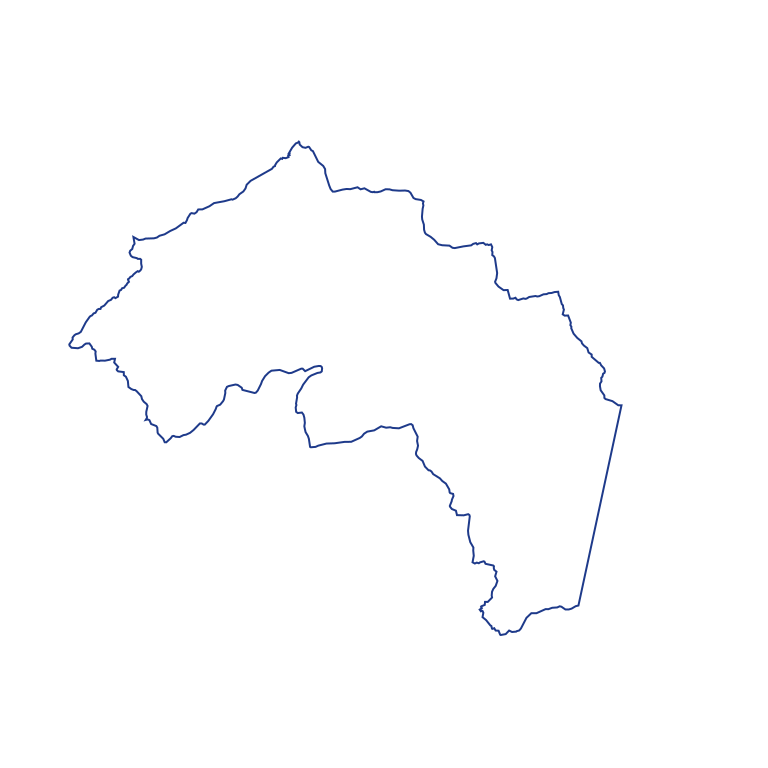 Calima, Valle del Cauca, Colombia (Equal Earth projection), rotated 217°
{"feature_id": "7082276B94395141643556", "entity_name": "Calima", "entity_type": "district", "adm_level": 2, "iso_a3": "COL", "parent_name": "Colombia", "parent_adm1": "Valle del Cauca", "projection": "equal_earth", "projection_center": [-76.599, 3.955], "detail": "fine", "context": "isolated", "style": "outline", "palette": "blue", "viewbox_px": 768, "rotation_deg": 217, "n_neighbors": 0, "source": "geoboundaries", "source_scale": "gbopen_adm2", "svg_char_len": 6163}
<svg xmlns="http://www.w3.org/2000/svg" viewBox="0 0 768 768"><g transform="rotate(217 384 384)"><path d="M552.7,211.9L551.6,213.3L550.5,213.8L549.5,213.9L545.9,211.9L540.5,213.4L538.8,212.7L535.5,208.9L534.5,208.4L527.3,207.4L524.1,205.5L522.8,206.4L521.7,212.3L521.7,214.9L520.7,216.0L518.6,216.5L515.3,218.7L513.4,222.5L511.6,224.4L509.5,228.3L508.4,232.7L507.3,241.7L505.8,242.8L503.7,243.0L502.7,243.7L502.1,248.8L502.3,257.0L503.3,262.7L504.1,265.2L504.1,265.9L502.4,268.9L502.2,273.5L502.5,275.3L505.3,281.3L506.9,283.2L507.7,287.2L506.7,289.0L502.3,294.2L500.3,295.2L495.4,295.4L493.5,294.1L482.0,298.9L481.1,300.0L480.9,302.8L482.2,309.9L483.2,313.1L483.7,318.7L483.0,323.6L481.9,326.9L475.7,332.5L466.6,335.3L464.5,337.3L459.3,346.5L458.2,347.3L454.7,346.8L450.1,355.8L446.9,359.2L445.4,360.2L443.9,360.1L442.8,359.2L441.3,356.6L441.7,355.0L443.8,352.8L447.2,347.1L448.2,344.0L448.2,334.8L447.4,330.6L447.1,324.5L446.5,322.3L445.4,321.1L442.4,315.3L441.3,314.5L440.4,312.1L437.4,308.9L435.4,308.9L432.4,311.8L429.9,311.1L427.3,309.1L423.8,305.3L422.2,302.3L420.3,300.6L417.7,298.4L413.5,296.7L411.0,295.0L405.2,289.3L404.4,289.4L400.8,292.6L399.4,295.2L394.1,301.8L387.7,307.0L380.7,314.0L375.4,318.1L370.9,326.3L370.1,328.7L370.0,332.3L368.7,335.9L363.9,341.1L360.8,348.5L356.0,350.4L353.0,353.2L350.7,354.1L345.4,357.6L339.4,367.2L338.2,368.3L336.3,368.3L333.9,366.4L325.4,362.2L323.3,358.4L319.7,355.2L318.2,351.9L317.4,349.0L316.4,347.4L315.0,346.5L311.7,345.8L306.9,345.8L301.6,342.7L296.5,341.9L295.5,342.6L293.5,342.7L290.4,341.6L282.6,342.3L279.1,341.6L274.6,341.7L268.5,339.1L266.4,337.0L265.4,336.7L262.7,337.8L261.1,336.4L260.1,332.4L259.4,331.1L258.1,326.3L257.6,325.8L254.6,325.0L250.3,326.1L246.8,323.2L241.3,327.1L238.4,330.7L237.1,330.8L235.9,330.0L228.6,317.4L225.9,314.4L219.9,309.6L214.2,307.2L212.5,304.7L208.9,300.8L206.0,294.9L203.4,295.3L202.4,297.2L200.4,297.9L200.0,299.3L197.7,302.4L196.9,302.6L194.7,301.5L187.5,304.8L186.5,304.6L185.6,303.1L184.1,301.9L181.2,301.8L179.5,297.3L174.9,295.0L173.3,290.0L173.4,286.2L172.7,283.1L170.7,279.9L169.2,278.5L170.0,272.4L172.2,270.8L170.6,268.2L172.5,265.0L172.4,264.4L171.0,263.9L171.8,261.4L169.8,260.8L169.4,261.9L168.6,262.0L167.0,261.1L165.0,257.1L160.4,256.9L153.8,255.2L152.7,255.4L150.5,253.6L149.9,253.8L149.0,255.3L146.5,254.3L144.0,255.9L140.4,253.7L139.7,253.8L136.3,257.5L135.7,262.4L132.5,263.0L129.4,265.8L129.3,266.4L127.7,268.5L127.5,271.1L129.5,283.0L128.4,289.6L124.3,292.7L119.5,301.4L117.2,303.1L115.0,306.5L111.2,309.8L109.9,312.2L108.3,312.9L103.4,313.1L100.7,315.2L99.0,317.5L97.2,321.9L95.4,324.1L181.5,509.9L184.1,508.0L191.2,507.8L198.0,505.3L199.6,505.5L201.2,507.5L207.2,509.4L210.2,512.2L211.7,514.3L211.9,517.0L214.2,519.6L214.0,521.3L215.2,524.1L214.6,525.5L215.1,527.0L217.6,528.9L221.8,529.6L224.3,530.8L225.2,530.1L234.5,530.7L235.9,532.5L239.6,532.3L243.3,535.0L247.5,535.0L250.3,535.6L252.0,536.9L257.4,537.1L262.9,538.3L268.0,541.2L268.8,542.5L270.6,543.2L271.7,545.4L278.2,549.5L280.9,547.3L283.2,547.2L285.1,551.7L286.5,552.5L288.4,554.5L290.1,554.8L295.9,559.3L297.9,560.1L300.4,562.5L303.1,560.1L304.9,557.6L307.3,555.5L308.2,553.7L310.6,551.6L312.9,547.5L314.3,546.1L315.9,545.5L320.4,540.9L321.5,538.1L322.3,537.1L324.2,536.2L327.3,531.8L329.0,531.4L330.9,532.0L332.2,530.0L334.7,528.0L341.8,533.5L345.0,530.9L351.2,530.7L355.9,531.8L356.8,532.5L357.8,536.1L360.4,540.7L371.2,551.3L373.0,552.1L375.1,552.1L376.8,554.7L378.5,555.6L379.9,558.5L382.6,559.9L384.0,558.0L385.7,557.6L386.5,556.4L389.6,556.5L392.8,553.4L393.6,551.6L395.3,551.9L397.1,549.6L397.8,547.2L403.4,541.7L409.3,535.1L411.3,534.0L415.0,533.9L421.1,529.8L424.9,528.2L430.7,529.4L435.3,529.6L440.7,529.0L442.4,529.5L444.8,531.3L448.1,535.3L452.5,538.4L454.4,540.5L458.6,547.2L460.0,550.3L461.6,551.7L462.3,553.6L465.3,553.2L470.0,550.7L472.4,550.3L478.0,552.7L480.6,552.8L483.6,551.2L488.1,547.6L493.8,543.9L496.9,542.7L500.0,540.4L502.5,535.8L504.8,533.1L507.1,531.4L507.5,531.6L508.6,530.3L510.2,529.5L517.4,528.5L519.9,525.4L523.5,525.2L528.2,519.3L531.3,517.2L534.1,514.3L539.1,508.0L540.7,506.8L544.0,507.6L547.3,509.6L557.7,517.0L560.4,520.2L563.8,521.6L570.2,521.8L580.9,527.2L582.7,526.9L586.4,528.2L587.3,527.9L588.8,525.4L591.6,524.1L595.4,524.5L597.2,526.2L597.9,526.3L598.0,525.0L599.2,523.1L599.6,517.5L598.9,511.6L598.6,511.9L598.1,511.3L598.3,510.7L597.1,509.9L597.6,509.1L598.4,510.1L597.9,508.5L596.8,507.7L598.4,505.2L601.0,503.7L600.8,502.5L602.2,502.0L603.0,496.4L602.7,493.4L602.2,492.4L603.0,491.1L603.0,488.4L612.8,466.0L613.6,460.5L612.3,456.8L612.2,453.1L613.7,448.5L613.7,445.6L614.2,443.1L615.9,440.1L617.0,439.7L621.5,433.9L628.6,426.2L630.4,420.9L634.1,414.2L637.4,411.6L637.1,408.4L637.9,406.0L640.6,404.6L641.1,403.4L640.7,398.3L640.0,396.4L639.5,393.1L641.1,392.2L643.9,383.0L646.8,377.6L649.3,371.5L652.5,367.3L653.5,364.3L655.4,361.9L662.0,356.6L663.3,354.4L666.3,351.5L672.6,350.6L667.6,345.9L667.5,343.2L666.3,340.3L666.9,337.7L666.3,335.8L663.4,334.1L661.2,334.0L657.1,335.8L656.1,335.7L654.0,337.2L652.7,337.1L650.3,333.9L647.9,331.8L647.0,329.6L646.9,328.1L647.4,326.1L648.6,325.9L649.3,323.9L650.0,320.7L650.0,318.7L651.0,316.9L651.0,314.9L651.5,313.9L651.3,313.3L649.2,312.1L649.6,309.8L649.3,308.2L649.6,307.1L649.5,304.5L650.8,302.8L650.6,300.9L651.4,299.5L650.1,295.4L649.0,293.7L650.2,290.9L651.7,290.9L652.6,289.6L652.7,286.9L654.2,284.3L654.6,278.3L656.1,275.1L655.6,273.3L657.0,272.3L657.7,270.7L657.3,267.2L658.4,265.6L658.5,263.0L659.3,261.6L659.5,260.4L659.3,253.8L657.5,243.2L658.3,240.7L660.1,238.2L660.6,236.6L660.7,233.7L659.4,232.2L659.2,226.3L658.2,225.4L655.4,224.9L649.9,228.4L647.5,232.0L647.0,235.2L646.3,237.0L643.7,239.1L639.8,237.9L638.2,236.6L636.0,237.1L633.9,236.5L632.8,234.6L627.8,229.5L625.2,231.1L624.6,232.0L620.8,234.8L617.5,238.5L616.8,240.1L614.0,242.2L612.4,238.8L606.6,237.7L606.3,234.8L605.7,234.3L603.9,234.1L599.0,236.9L597.0,234.4L594.5,234.5L590.4,232.3L586.3,227.8L582.7,227.9L580.2,228.6L579.2,229.4L577.3,229.4L570.5,228.2L568.2,226.3L565.3,225.3L561.5,225.1L559.6,224.2L557.1,218.7L555.5,216.5L553.4,215.0L552.9,214.1L552.7,211.9Z" fill="none" stroke="#1e3a8a" stroke-width="2"/></g></svg>